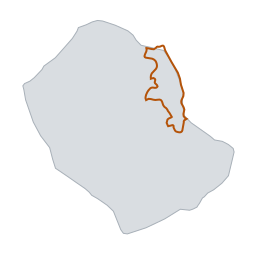 Lesotho, with Qacha's Nek highlighted, rotated 273°
{"feature_id": "LSO-1214", "entity_name": "Qacha's Nek", "entity_type": "District", "adm_level": 1, "iso_a3": "LSO", "parent_name": "Lesotho", "parent_adm1": "", "projection": "mercator", "projection_center": [28.653, -29.956], "detail": "fine", "context": "in_parent", "style": "outline", "palette": "amber", "viewbox_px": 256, "rotation_deg": 273, "n_neighbors": 0, "source": "natural_earth", "source_scale": "10m", "svg_char_len": 2665}
<svg xmlns="http://www.w3.org/2000/svg" viewBox="0 0 256 256"><g transform="rotate(273 128 128)"><path d="M174.7,178.6L166.5,181.1L165.4,181.4L160.2,180.8L153.2,181.4L147.7,182.8L143.5,183.3L136.5,190.8L123.9,210.8L120.6,215.0L119.6,222.9L116.7,229.2L113.1,234.1L109.6,235.2L99.1,233.3L85.6,230.8L77.8,224.7L70.8,216.8L67.2,211.0L63.3,207.8L62.0,206.0L56.5,203.3L54.5,202.0L52.6,201.0L50.4,197.1L49.1,193.8L49.6,184.5L45.8,179.0L39.2,169.5L35.0,161.8L29.3,151.2L25.8,142.2L22.2,132.9L22.6,128.9L26.1,126.1L36.3,121.4L44.1,117.8L49.8,111.2L55.9,101.3L58.9,95.3L61.9,92.6L65.2,88.4L70.9,79.1L77.3,68.8L84.0,57.7L92.6,54.5L104.3,50.8L115.6,41.2L129.0,33.1L150.7,24.3L160.8,22.0L164.6,20.8L167.0,22.4L169.6,27.5L173.3,31.7L181.8,39.0L185.5,40.8L194.3,51.7L203.7,59.2L214.6,67.8L222.0,72.0L225.7,73.2L228.9,80.9L232.0,86.6L233.8,91.9L233.5,97.1L230.0,109.8L225.0,122.8L221.0,128.2L216.1,131.6L211.3,136.7L209.5,147.2L207.3,159.5L201.1,164.5L196.2,167.9L189.5,171.9L174.7,178.6Z" fill="#d9dde1" stroke="#a8b0b8" stroke-width="1"/><path d="M199.9,165.7L196.3,167.9L185.8,174.9L180.0,177.3L174.0,178.6L165.9,181.7L162.8,181.6L158.4,179.9L156.9,179.8L155.4,180.1L151.5,182.5L149.3,183.3L144.9,182.6L142.7,183.0L140.9,184.6L140.2,186.0L138.6,183.8L138.1,183.5L137.6,183.3L137.0,183.4L136.4,183.4L128.5,182.4L127.5,182.0L126.8,181.3L126.5,180.6L126.4,180.0L126.4,179.2L126.5,178.3L126.9,176.5L127.3,175.7L128.1,175.0L130.8,173.5L132.5,173.4L133.0,173.0L133.2,172.2L132.6,170.4L131.9,168.0L132.4,167.7L135.2,166.3L138.5,167.0L139.5,168.0L140.9,170.7L141.3,171.1L141.5,170.9L141.9,170.8L145.1,168.7L147.1,167.0L147.5,166.7L148.0,166.5L148.5,166.3L149.0,165.8L149.8,165.1L150.9,163.4L151.8,162.6L152.8,161.9L155.9,160.7L156.9,160.1L157.6,159.4L158.0,158.2L157.9,156.9L157.4,153.8L157.6,151.8L158.1,149.3L158.2,147.0L156.8,144.6L158.4,144.0L159.3,143.9L160.4,144.0L162.3,144.4L164.8,145.4L166.6,146.4L168.2,147.7L168.9,148.3L169.3,149.0L169.6,149.8L169.7,150.7L169.5,152.7L169.6,153.5L169.8,154.2L170.2,154.7L170.7,155.1L171.1,155.3L172.2,154.8L172.9,154.1L173.5,153.4L174.1,152.7L175.0,152.3L175.8,152.4L176.7,152.6L177.6,152.7L178.5,152.2L179.2,150.9L178.9,149.6L178.4,148.3L178.5,148.3L179.3,148.1L181.2,148.1L182.5,148.4L183.8,148.9L188.6,152.9L190.0,153.5L191.4,153.7L193.3,153.4L194.7,152.9L196.1,152.2L197.5,150.7L198.1,149.5L198.5,148.4L199.2,142.0L199.7,141.1L200.6,140.7L202.4,141.1L205.5,142.3L207.3,142.5L208.7,142.1L208.8,142.1L208.6,144.4L208.1,147.2L208.0,149.7L209.4,151.6L210.5,152.5L210.8,153.2L210.7,154.1L210.9,155.6L211.9,157.6L212.1,158.6L211.5,159.5L210.5,160.0L208.1,160.8L207.0,161.3L199.9,165.7Z" fill="none" stroke="#b45309" stroke-width="2"/></g></svg>